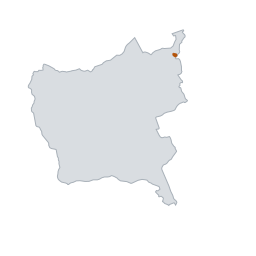 Lubumbashi, Katanga, Democratic Republic of the Congo (highlighted), rotated 250°
{"feature_id": "63176286B7033307846906", "entity_name": "Lubumbashi", "entity_type": "district", "adm_level": 2, "iso_a3": "COD", "parent_name": "Democratic Republic of the Congo", "parent_adm1": "Katanga", "projection": "albers", "projection_center": [27.484, -11.656], "detail": "fine", "context": "in_parent", "style": "filled", "palette": "amber", "viewbox_px": 256, "rotation_deg": 250, "n_neighbors": 0, "source": "geoboundaries", "source_scale": "gbopen_adm2", "svg_char_len": 4169}
<svg xmlns="http://www.w3.org/2000/svg" viewBox="0 0 256 256"><g transform="rotate(250 128 128)"><path d="M210.6,165.2L193.6,167.7L193.9,168.7L193.7,169.7L193.3,170.5L191.6,172.6L189.0,174.6L189.0,175.0L190.3,177.2L191.1,180.2L190.8,185.4L191.2,186.8L191.1,187.9L190.3,189.2L188.5,195.4L189.7,198.5L193.0,201.4L194.9,203.5L198.2,204.3L198.7,204.2L198.9,202.4L201.5,201.7L201.4,213.0L201.2,213.6L200.8,213.7L200.1,213.4L200.0,212.3L199.3,211.8L196.1,213.2L195.3,213.2L194.4,212.9L193.8,212.3L193.6,211.5L191.3,208.2L190.2,208.0L189.0,205.0L184.0,202.9L182.1,202.7L181.1,202.0L180.1,199.7L178.4,198.2L178.0,196.6L177.7,196.3L176.6,196.7L175.8,199.3L174.6,199.9L172.6,200.0L167.4,199.2L163.7,197.9L162.7,198.0L161.3,196.8L160.6,194.8L161.0,193.2L160.7,193.0L155.1,194.4L153.7,195.2L152.4,195.0L152.0,194.6L152.6,193.5L152.3,192.3L151.9,191.8L150.2,191.4L149.7,190.1L148.6,190.0L148.3,190.2L148.1,191.0L147.5,191.3L144.1,190.9L140.6,192.1L135.9,191.9L133.7,193.2L133.4,193.2L132.9,192.5L132.4,190.4L132.6,189.8L133.3,189.4L133.5,188.5L133.3,186.3L133.4,185.8L133.2,184.5L132.4,182.5L131.4,180.9L129.2,178.5L128.8,177.3L128.9,174.5L129.5,170.1L129.4,166.9L128.5,164.8L128.2,162.5L128.7,158.4L128.1,157.4L117.3,157.3L116.9,157.0L116.6,156.5L117.1,154.0L110.5,154.8L108.5,155.3L107.3,156.4L107.0,157.6L107.0,159.4L106.0,161.1L105.8,164.0L104.0,164.4L102.2,164.4L98.7,163.9L95.3,164.8L93.7,165.7L92.8,165.3L89.7,165.7L89.3,165.5L85.6,160.0L84.0,158.2L83.6,157.2L83.7,156.4L83.3,155.2L81.5,152.3L81.2,151.0L81.2,148.9L80.9,148.2L79.4,146.4L78.4,145.8L77.3,145.6L59.6,146.6L53.7,146.5L49.5,147.0L47.3,146.9L46.7,146.7L44.7,147.2L43.8,148.0L42.2,148.5L41.3,148.4L39.3,146.4L41.8,145.9L42.0,145.6L41.9,140.6L41.2,139.9L42.5,139.0L44.5,136.7L46.6,135.8L46.9,135.3L47.3,135.3L48.2,136.2L50.0,137.3L52.2,136.1L52.5,135.8L52.7,133.7L53.2,133.4L54.2,133.9L54.7,133.8L55.7,133.2L58.5,132.0L59.5,133.3L58.7,134.6L59.1,135.4L59.3,136.8L59.7,137.1L62.0,137.2L62.7,136.8L67.0,131.7L68.2,131.0L70.0,129.0L72.5,128.0L73.5,126.4L74.9,123.6L75.4,119.6L74.8,112.7L75.0,111.8L78.0,108.6L80.9,102.9L83.0,101.3L84.6,100.7L87.0,98.6L88.9,96.4L88.6,94.0L89.0,91.9L90.0,89.3L90.2,86.5L89.7,83.7L89.8,81.3L91.2,77.5L91.2,73.2L92.4,69.5L94.9,64.9L96.0,61.4L95.7,58.1L96.0,55.6L95.8,54.2L95.2,52.9L95.5,52.1L96.5,51.8L97.7,50.5L99.9,47.1L102.3,45.5L104.0,44.9L105.7,44.9L106.9,45.2L108.8,46.4L111.0,47.4L112.6,48.6L114.2,50.5L118.1,50.9L119.7,51.6L120.7,51.8L121.1,51.6L121.9,51.7L123.7,52.3L125.1,51.9L132.2,53.1L132.9,52.4L134.9,49.0L136.3,47.8L138.7,47.6L140.6,48.2L141.6,48.2L150.2,45.2L151.4,45.0L154.5,45.7L156.6,45.2L157.4,45.3L159.2,44.8L160.6,42.8L161.8,42.3L174.3,44.4L176.2,43.3L177.1,43.2L179.8,44.0L180.7,45.2L182.3,46.3L183.5,48.1L185.4,49.1L186.3,50.1L187.4,50.7L189.7,51.0L192.5,49.4L194.6,49.6L196.6,50.4L197.3,50.4L198.8,49.5L199.7,48.5L200.4,48.3L201.6,48.7L202.6,49.7L203.5,51.0L206.6,54.2L209.5,55.5L210.3,57.4L211.4,57.2L211.9,57.4L212.7,58.6L213.2,58.9L213.3,59.3L212.5,60.5L211.8,62.6L212.7,64.0L211.9,65.9L211.5,67.9L212.5,68.4L213.7,68.4L214.9,69.4L215.7,69.6L216.7,70.7L216.4,71.6L213.5,74.9L209.0,78.8L207.5,79.3L206.7,80.0L206.2,81.2L204.9,82.2L203.9,82.6L203.8,85.5L202.3,88.5L201.7,89.1L200.9,94.0L201.0,94.8L200.2,98.8L200.3,102.6L198.2,103.7L196.7,105.6L196.1,106.9L196.1,109.9L193.7,111.8L193.5,112.2L194.1,114.3L194.9,114.7L194.9,115.4L196.9,117.8L196.7,124.9L196.8,125.6L197.8,127.3L198.5,130.6L197.7,134.7L200.3,142.3L199.1,145.1L199.6,147.7L201.2,150.5L204.8,153.3L205.8,154.5L206.7,156.0L207.5,158.4L210.6,165.2Z" fill="#d9dde1" stroke="#a8b0b8" stroke-width="1"/><path d="M181.1,195.8L180.9,196.0L180.9,195.9L180.7,195.9L180.3,195.8L180.1,195.9L180.1,196.0L180.0,196.3L179.9,196.5L179.8,196.4L179.6,196.3L179.3,196.6L179.0,196.9L178.9,197.1L179.0,197.3L179.1,197.6L179.2,197.9L179.3,198.2L179.7,198.1L179.8,198.2L179.8,198.4L180.2,198.3L180.3,198.6L180.7,198.6L180.8,198.5L181.0,198.4L181.2,198.2L181.3,198.0L181.3,197.8L181.3,197.7L181.2,197.6L181.3,197.3L181.5,197.3L181.7,197.2L181.9,196.9L181.6,196.9L181.6,196.7L181.7,196.4L182.0,195.8L181.4,195.7L181.5,195.5L181.3,195.4L181.2,195.5L181.1,195.8Z" fill="#f59e0b" stroke="#b45309" stroke-width="1.5"/></g></svg>